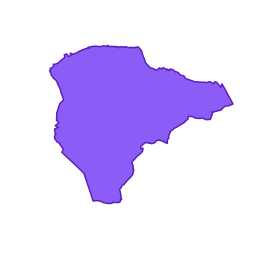 Naranjal, Veracruz, Mexico, rotated 108°
{"feature_id": "50627088B92429931973873", "entity_name": "Naranjal", "entity_type": "district", "adm_level": 2, "iso_a3": "MEX", "parent_name": "Mexico", "parent_adm1": "Veracruz", "projection": "natural_earth1", "projection_center": [-96.958, 18.798], "detail": "fine", "context": "isolated", "style": "filled", "palette": "violet", "viewbox_px": 256, "rotation_deg": 108, "n_neighbors": 0, "source": "geoboundaries", "source_scale": "gbopen_adm2", "svg_char_len": 4752}
<svg xmlns="http://www.w3.org/2000/svg" viewBox="0 0 256 256"><g transform="rotate(108 128 128)"><path d="M201.8,113.8L200.8,112.8L199.8,112.7L199.0,112.5L198.2,112.9L197.4,112.1L197.1,112.3L197.0,112.6L197.0,112.8L196.9,113.1L195.3,113.4L193.3,114.5L193.1,114.5L192.1,115.2L191.3,115.5L189.9,116.5L189.5,116.9L189.1,116.9L188.4,116.7L187.5,116.4L186.4,116.1L185.8,116.0L184.9,115.7L184.4,115.6L183.4,115.0L183.2,114.8L182.7,114.1L182.3,114.0L181.1,113.8L180.3,113.3L180.1,113.2L178.9,112.9L178.1,112.4L177.7,112.2L176.1,111.5L175.3,111.0L174.5,110.4L173.7,110.3L172.8,109.9L172.5,109.7L171.2,109.3L171.1,109.1L170.8,109.1L169.6,109.3L169.1,109.3L168.7,109.3L168.2,109.3L167.6,109.5L165.9,109.5L165.1,110.4L164.8,110.8L163.8,111.0L162.4,111.6L162.2,111.5L160.2,113.3L159.3,113.6L157.3,113.0L156.3,112.5L155.9,112.1L154.7,111.7L151.9,110.6L150.4,109.4L149.6,108.8L147.0,107.6L146.5,107.2L145.6,107.0L144.1,107.3L143.2,107.2L142.7,107.9L143.8,108.6L143.0,109.8L141.8,110.1L141.5,110.2L141.0,109.9L140.3,109.4L139.2,108.9L138.0,107.8L137.1,107.7L136.2,106.0L136.1,105.6L135.9,103.3L135.7,102.4L135.7,101.6L135.6,100.7L135.0,99.7L134.1,98.6L133.9,98.0L131.7,97.2L130.1,95.5L130.0,94.2L129.8,92.3L129.9,90.7L130.1,90.6L129.9,89.7L130.2,88.8L130.4,88.0L130.4,86.9L130.4,85.8L128.9,86.5L127.0,86.7L126.6,86.8L125.2,86.1L123.0,86.8L122.8,86.9L118.2,86.4L117.9,86.3L114.4,84.2L112.1,82.0L108.6,79.0L105.0,75.9L103.6,75.5L102.8,74.9L102.7,74.9L101.8,74.2L101.4,73.9L101.1,73.8L100.7,73.7L100.3,73.8L99.9,74.2L99.4,74.5L99.1,74.4L98.8,74.4L98.3,73.8L97.9,73.0L97.7,71.9L97.3,70.7L97.3,69.5L97.8,67.4L97.0,63.5L96.6,62.2L95.3,59.7L95.9,58.7L95.5,57.2L95.6,56.8L96.0,56.4L94.8,53.6L94.5,52.4L92.4,52.2L91.6,52.5L89.5,51.9L86.9,53.0L86.9,52.2L85.7,50.7L85.0,49.6L83.5,47.1L81.9,44.9L79.5,43.9L78.5,43.3L77.2,42.1L76.6,41.1L76.0,40.0L75.8,39.1L72.7,35.6L71.0,37.4L68.3,40.2L65.6,43.1L64.0,44.8L61.0,47.9L59.3,49.7L57.7,51.5L57.2,52.1L57.5,52.5L58.9,52.3L59.9,52.1L60.3,52.6L59.8,53.5L59.3,54.3L58.7,55.5L57.8,56.6L57.2,57.7L57.1,58.7L57.2,59.6L57.7,60.1L57.9,60.2L58.7,60.0L59.4,60.3L59.4,61.2L59.1,62.3L58.8,63.0L58.7,64.5L58.9,65.0L59.4,65.8L60.1,66.6L60.3,67.0L60.6,67.9L60.8,69.0L60.9,69.9L61.6,71.5L62.9,77.2L63.4,78.1L63.2,86.5L63.0,88.8L62.4,89.5L61.5,90.4L61.2,91.6L61.2,92.8L61.5,94.1L61.1,95.5L60.3,96.2L59.7,98.0L59.5,98.9L59.9,99.8L59.5,101.0L58.9,102.9L58.5,103.7L59.1,106.3L59.9,106.3L60.6,106.5L59.9,109.0L60.7,109.1L60.2,110.8L60.0,111.7L59.8,113.3L61.5,114.2L61.1,116.6L62.0,117.2L64.0,118.5L63.9,121.5L63.7,123.0L63.7,123.5L63.9,125.4L61.3,130.1L60.3,131.7L58.9,132.7L57.5,133.5L55.3,135.6L52.9,137.3L50.4,138.9L50.1,139.5L48.7,141.6L47.8,142.9L47.9,143.7L48.1,144.1L48.5,145.3L49.2,145.8L49.5,147.3L49.9,147.7L50.5,148.5L50.2,149.7L50.9,151.4L51.5,152.1L51.6,153.8L51.6,154.1L51.8,154.7L51.4,154.9L51.7,155.8L52.1,156.0L52.3,156.7L52.1,157.1L52.3,157.6L52.9,158.6L52.8,158.9L52.9,160.0L53.2,160.1L53.6,160.9L53.6,161.3L54.0,161.6L53.7,161.6L54.3,164.6L54.8,164.9L54.9,165.4L54.6,165.6L54.8,166.4L55.1,166.8L55.1,167.1L55.3,168.1L55.4,168.6L55.8,169.1L55.7,169.6L56.6,172.2L55.9,172.4L55.7,172.8L56.8,173.8L57.2,174.1L57.2,174.4L57.1,174.8L57.1,175.3L57.3,175.7L57.4,176.7L57.9,177.4L58.6,178.7L59.0,179.2L59.3,179.6L59.6,180.4L59.8,181.2L59.5,181.5L59.7,182.1L60.0,183.1L60.6,185.2L61.6,187.3L63.0,189.8L63.6,190.6L63.9,189.8L65.9,193.2L67.5,194.3L67.2,195.1L68.0,195.7L70.4,198.3L72.5,200.0L75.3,203.9L74.5,204.7L74.9,205.9L76.4,205.2L76.7,205.0L77.2,205.4L78.3,206.9L76.5,209.2L78.0,211.2L80.4,210.0L81.3,210.5L82.8,211.7L84.7,212.7L85.2,213.1L87.2,214.1L89.4,216.3L89.7,216.8L90.0,217.5L90.4,218.2L90.5,218.7L91.5,218.1L91.7,217.9L95.3,219.4L95.3,220.0L95.3,220.4L98.1,219.2L97.8,219.8L97.9,220.1L101.7,216.9L103.0,215.0L103.2,214.9L103.9,213.9L104.6,211.6L106.6,209.2L107.9,208.5L109.7,206.6L111.5,205.0L113.5,203.3L114.8,202.9L117.7,200.4L119.0,199.5L120.4,198.3L121.4,198.1L122.4,198.6L124.7,199.8L126.3,200.4L131.3,200.5L134.7,200.3L135.6,200.4L139.2,199.4L140.9,198.9L142.5,198.5L143.4,197.3L143.8,196.7L144.2,196.1L144.4,195.9L144.6,195.6L144.9,195.8L145.2,195.9L147.3,197.3L147.8,197.6L148.3,197.8L149.1,194.7L151.5,197.4L152.5,197.3L153.2,196.8L153.7,196.5L154.6,196.0L155.9,195.5L155.9,194.8L157.1,195.1L158.9,195.2L159.4,195.1L159.9,194.4L160.7,194.5L160.7,194.2L161.2,194.0L161.5,193.4L163.0,191.4L163.2,189.7L164.5,187.7L165.9,186.1L168.0,183.0L171.5,183.4L172.4,181.6L174.9,176.4L176.2,173.6L178.0,169.7L180.3,165.0L182.1,161.1L184.6,156.0L188.2,153.4L190.2,151.8L194.3,148.8L198.6,145.6L202.0,143.1L204.1,141.6L208.2,138.6L207.8,137.8L206.6,134.7L206.1,131.8L206.6,128.2L206.2,125.9L205.9,123.6L205.9,122.9L204.5,120.2L203.7,119.2L203.1,119.1L203.1,118.3L201.8,113.8Z" fill="#8b5cf6" stroke="#5b21b6" stroke-width="1.5"/></g></svg>